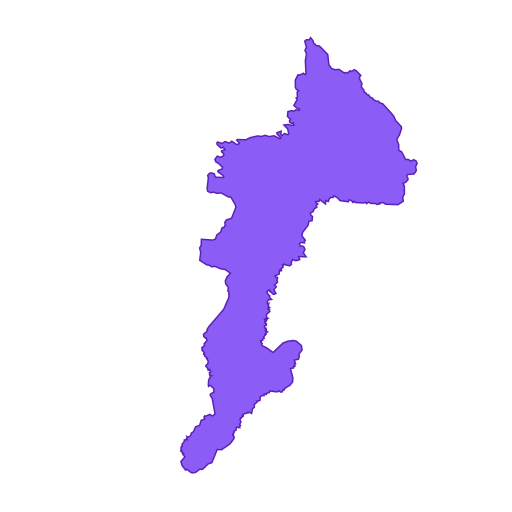 Pang Sila Thong, Kamphaeng Phet, Thailand (Natural Earth projection), rotated 134°
{"feature_id": "78962969B12930513121480", "entity_name": "Pang Sila Thong", "entity_type": "district", "adm_level": 2, "iso_a3": "THA", "parent_name": "Thailand", "parent_adm1": "Kamphaeng Phet", "projection": "natural_earth1", "projection_center": [99.409, 16.024], "detail": "fine", "context": "isolated", "style": "filled", "palette": "violet", "viewbox_px": 512, "rotation_deg": 134, "n_neighbors": 0, "source": "geoboundaries", "source_scale": "gbopen_adm2", "svg_char_len": 6077}
<svg xmlns="http://www.w3.org/2000/svg" viewBox="0 0 512 512"><g transform="rotate(134 256 256)"><path d="M449.3,171.4L449.9,167.6L456.0,167.3L458.1,163.5L458.9,157.8L457.5,157.5L456.9,152.4L455.7,150.6L453.5,149.1L448.6,148.4L446.6,146.3L438.8,146.0L435.3,144.2L422.1,149.5L419.3,146.2L409.0,144.2L402.7,145.0L401.1,146.3L401.2,147.7L400.0,148.3L400.4,149.0L397.9,149.2L397.4,150.1L395.2,149.4L392.7,151.1L390.8,148.4L390.3,149.3L388.8,149.3L388.4,150.9L385.9,151.5L384.7,154.1L383.4,154.0L383.2,154.8L381.2,154.0L380.5,154.8L379.9,154.0L378.7,155.4L375.4,153.4L374.4,153.6L374.2,152.6L373.1,152.4L372.3,149.8L368.3,152.4L365.9,152.1L364.1,154.0L359.7,153.8L359.7,154.5L357.2,152.8L354.1,155.2L351.8,154.5L350.8,153.2L349.6,154.1L348.4,152.4L346.9,153.0L345.2,151.6L343.5,152.3L339.1,146.4L337.0,145.8L336.8,143.8L335.6,142.8L333.3,143.5L332.8,142.7L330.5,143.3L325.5,141.8L321.1,142.2L318.0,144.9L313.1,153.0L310.4,151.2L309.3,152.3L308.3,151.4L306.6,153.5L306.0,152.8L304.2,156.1L300.7,153.8L298.1,155.1L296.9,156.9L291.6,157.6L288.9,161.0L289.3,168.1L291.0,170.6L295.2,173.9L299.7,176.1L313.6,176.7L314.6,184.3L316.2,189.2L315.4,190.9L314.6,190.9L314.6,192.6L313.8,192.6L313.6,193.8L312.0,192.7L310.9,193.6L309.5,192.9L308.8,194.4L306.9,194.2L306.3,195.2L305.3,194.5L305.1,195.2L303.5,195.1L303.5,196.0L302.7,195.4L303.0,197.0L302.4,196.7L301.5,197.6L301.9,198.2L301.2,198.7L301.8,199.1L300.7,201.3L298.6,200.5L297.6,201.3L298.1,202.8L297.3,203.0L297.2,204.0L296.4,204.4L296.0,203.4L295.3,203.5L295.8,205.8L294.7,205.8L293.6,203.5L293.8,205.2L292.5,204.3L292.8,205.8L290.6,207.9L286.3,207.5L286.1,208.7L285.0,209.2L285.8,210.2L285.3,211.0L283.6,210.5L283.8,212.2L281.3,213.8L282.4,214.0L281.9,215.4L279.3,216.8L276.4,214.7L276.5,217.2L275.1,218.5L275.3,220.4L274.2,223.4L272.1,223.4L271.8,222.3L271.0,222.3L272.0,221.1L271.4,220.1L271.7,217.9L271.3,216.6L269.1,215.6L267.9,219.8L264.0,220.0L264.1,222.6L259.8,222.3L258.8,224.4L257.3,224.7L256.5,225.8L257.6,227.1L257.1,228.5L252.8,226.8L250.5,228.9L249.5,229.0L249.5,227.8L248.7,227.5L247.9,229.1L245.2,228.7L243.9,230.7L243.5,230.0L242.0,230.1L242.1,228.9L239.7,225.0L237.4,224.7L236.3,226.1L233.0,227.2L232.0,224.4L230.4,223.2L228.2,222.1L226.8,224.9L221.8,219.4L220.8,224.2L217.3,225.3L216.3,227.7L216.4,229.3L218.1,231.2L217.0,233.3L215.2,233.1L212.8,230.2L212.2,231.4L210.4,231.4L209.6,237.0L206.9,238.8L197.7,239.9L194.2,242.1L191.6,240.2L188.4,242.7L188.3,245.5L187.4,246.7L184.3,245.8L181.4,247.0L178.8,246.0L177.9,247.8L175.7,247.6L176.1,250.0L175.4,250.9L173.0,248.6L171.1,249.4L170.3,242.2L167.7,244.4L166.5,241.8L164.0,243.1L161.6,242.7L160.5,241.2L158.6,241.8L157.5,237.4L157.8,234.0L152.8,227.2L150.8,228.1L149.8,225.8L150.2,223.5L148.4,223.3L148.6,221.8L143.4,215.7L141.2,214.4L141.6,212.9L138.9,212.3L138.5,210.2L135.0,206.1L134.9,204.7L132.3,203.1L132.0,203.9L129.2,201.6L128.7,198.7L120.4,189.5L114.2,188.1L111.9,191.3L108.3,192.3L102.4,198.1L101.8,200.8L99.1,199.6L95.9,199.6L94.7,200.3L93.9,202.9L92.3,203.7L87.2,199.3L83.2,200.0L80.8,203.3L77.5,204.4L76.5,206.7L77.1,209.4L80.3,210.6L80.8,213.7L82.7,215.3L79.9,223.6L80.7,226.8L76.7,230.8L74.5,235.7L69.0,237.0L63.0,240.0L62.0,241.3L61.5,249.8L59.8,253.8L59.3,257.6L58.5,270.8L59.7,272.9L59.7,275.6L61.1,277.1L61.8,279.6L61.5,282.1L62.5,284.2L61.9,286.9L62.8,288.1L62.4,290.4L62.9,291.9L61.7,293.7L61.2,297.8L58.3,299.6L56.6,304.7L54.7,306.1L53.3,306.0L53.1,312.5L53.7,314.7L56.9,315.5L57.4,317.0L61.3,317.4L61.8,319.1L63.1,319.8L64.1,326.0L66.9,328.3L68.6,331.7L67.8,336.4L61.2,344.4L60.9,356.3L62.7,358.6L62.7,362.6L61.5,364.6L61.0,368.4L63.5,367.9L65.5,370.0L67.6,370.2L70.7,364.9L74.1,363.6L75.6,360.0L81.1,356.3L90.3,346.5L91.5,346.8L91.6,348.9L95.2,350.1L96.5,351.7L102.2,349.9L107.2,345.0L108.1,342.8L107.4,340.1L109.6,340.2L113.1,336.4L114.5,336.9L114.8,335.1L121.4,333.4L121.3,329.8L120.1,327.4L120.5,326.2L121.7,326.5L122.8,328.8L125.4,329.3L126.7,331.3L129.9,333.4L133.7,330.4L133.9,325.9L135.7,325.8L136.4,324.3L135.7,322.1L134.3,321.6L135.5,319.6L137.6,321.4L138.9,324.1L142.4,326.9L142.6,321.4L145.5,317.2L146.6,317.3L148.1,320.6L151.4,320.9L151.2,322.6L148.7,324.6L152.7,326.6L153.6,325.8L153.7,320.1L155.1,320.3L157.0,326.6L160.9,329.4L163.0,333.4L166.1,335.0L168.6,338.3L175.1,342.5L179.5,344.0L184.9,350.1L186.1,350.4L186.3,346.4L188.2,346.4L189.5,348.1L190.2,353.2L193.4,353.7L195.2,357.8L198.4,358.4L200.8,362.9L202.0,362.6L202.8,361.4L202.7,356.2L200.5,354.9L201.2,352.1L204.3,353.9L205.0,352.9L204.8,350.4L206.3,349.0L209.5,349.9L211.1,353.2L215.0,352.7L216.2,350.3L215.5,347.5L215.4,341.8L217.1,340.9L220.9,342.7L221.9,341.9L221.0,336.0L221.5,334.1L222.6,334.4L227.1,339.5L227.4,340.3L225.8,343.2L227.5,346.1L228.8,346.9L231.7,346.7L232.7,344.7L241.5,338.0L243.0,335.7L242.0,332.7L239.3,330.6L238.3,327.9L234.9,325.0L232.7,316.9L231.1,315.0L233.5,306.5L235.0,304.3L245.8,299.8L250.7,302.4L253.5,301.8L254.6,300.1L256.9,298.9L259.6,300.0L263.0,298.1L268.1,298.8L272.2,296.9L274.8,298.4L281.9,306.9L286.3,302.9L289.4,302.1L291.9,298.2L298.2,293.5L296.5,285.1L295.1,283.4L294.6,280.5L291.8,278.0L289.8,272.5L287.1,268.8L286.2,262.4L291.3,262.3L295.2,260.8L297.1,258.5L297.8,254.1L300.8,251.9L300.8,250.4L304.5,246.8L316.8,242.2L339.9,240.8L343.0,240.1L343.7,238.9L348.8,239.4L350.2,237.6L350.2,235.3L349.6,235.0L350.8,232.5L355.0,232.4L356.2,230.9L359.8,231.2L359.8,230.2L361.3,229.5L361.4,226.4L363.1,225.3L362.6,224.4L363.6,223.5L363.5,219.9L364.1,220.0L364.9,217.2L367.4,215.6L368.9,216.1L370.3,215.4L370.0,214.0L370.8,212.1L370.1,210.9L371.1,211.1L370.2,209.3L370.7,208.0L372.5,208.4L373.9,206.3L373.1,204.8L374.0,205.3L378.3,203.8L382.2,200.4L382.7,199.6L380.9,199.3L380.7,194.4L383.2,191.7L386.8,192.9L388.0,192.2L388.8,188.7L398.0,175.8L401.3,176.1L402.1,179.3L406.0,180.8L406.7,181.9L407.9,181.6L408.8,179.6L412.3,181.3L417.0,178.9L420.9,180.8L425.8,178.9L428.3,179.5L430.8,178.2L433.6,179.1L433.9,180.3L434.6,179.0L435.8,179.1L436.0,177.9L438.1,179.8L439.4,178.7L442.9,178.4L444.2,176.7L445.1,177.3L447.3,175.6L447.5,174.4L448.6,174.6L448.3,171.1L449.3,171.4Z" fill="#8b5cf6" stroke="#5b21b6" stroke-width="1.5"/></g></svg>